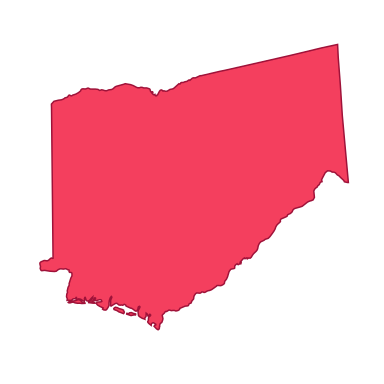 the border of Georgia, rotated 85°
{"feature_id": "USA-3543", "entity_name": "Georgia", "entity_type": "State", "adm_level": 1, "iso_a3": "USA", "parent_name": "United States of America", "parent_adm1": "", "projection": "albers", "projection_center": [-82.629, 32.682], "detail": "fine", "context": "isolated", "style": "filled", "palette": "rose", "viewbox_px": 384, "rotation_deg": 85, "n_neighbors": 0, "source": "natural_earth", "source_scale": "10m", "svg_char_len": 6020}
<svg xmlns="http://www.w3.org/2000/svg" viewBox="0 0 384 384"><g transform="rotate(85 192 192)"><path d="M323.1,235.9L323.1,236.0L323.7,236.3L324.5,236.3L325.5,236.6L326.3,237.8L325.2,239.3L322.4,241.5L321.9,241.1L321.5,240.5L321.2,239.6L320.4,239.7L319.8,240.8L318.9,241.6L319.0,242.9L319.8,244.0L321.3,244.3L319.4,246.3L318.1,247.3L317.2,247.4L316.2,246.7L313.6,246.3L312.6,245.8L311.9,244.5L311.4,244.0L310.7,244.0L310.1,244.6L310.5,245.2L311.7,246.1L311.7,246.7L309.5,247.3L308.7,248.2L311.9,248.6L313.5,250.0L314.7,250.0L314.2,250.9L313.5,252.6L311.8,254.9L311.0,255.7L310.2,256.1L307.2,256.2L305.3,255.9L302.5,254.0L301.7,253.9L301.3,254.3L301.6,255.3L302.3,255.7L304.1,256.2L305.8,257.5L305.7,258.7L303.4,261.2L302.6,262.3L302.3,263.4L299.9,267.6L298.9,267.9L298.2,268.8L298.0,269.4L298.8,270.8L298.4,272.2L298.5,273.3L298.2,274.6L296.3,276.6L296.4,278.1L298.6,282.6L298.0,283.0L292.7,282.4L291.4,281.8L290.2,281.1L289.7,281.0L289.0,281.5L290.5,282.8L292.8,283.8L295.4,284.4L297.6,284.6L298.5,284.9L301.0,286.7L301.9,287.6L302.1,288.7L301.7,290.3L300.9,291.3L299.8,290.6L297.8,294.0L296.4,295.9L295.3,296.7L294.0,296.6L293.4,296.2L293.5,292.3L293.1,291.4L291.8,291.7L291.3,292.4L291.2,293.5L291.7,296.1L291.8,297.5L291.5,298.4L289.4,297.3L288.9,297.8L289.1,298.7L290.8,299.4L292.8,301.4L292.7,300.0L293.1,299.2L294.3,298.1L294.2,299.9L293.2,304.6L292.8,304.6L292.1,303.3L290.9,301.8L289.4,300.6L287.9,300.1L288.8,301.3L291.1,303.7L291.6,304.9L291.3,306.2L290.4,306.9L287.7,307.5L287.7,308.0L288.9,308.5L290.9,308.5L291.7,308.8L291.0,309.8L289.3,311.9L288.9,312.8L288.5,314.4L288.7,315.1L289.3,315.9L289.3,316.8L288.2,316.3L287.0,316.3L287.0,316.8L287.8,317.1L288.1,317.8L288.1,319.6L288.4,320.2L289.1,321.1L289.4,321.9L289.3,323.4L288.9,325.1L289.0,325.9L287.5,325.5L285.6,326.1L285.1,326.1L282.7,325.6L281.3,324.8L279.6,324.9L276.0,323.7L274.4,322.6L273.6,322.4L272.5,322.4L267.2,320.2L265.1,318.9L263.0,318.7L262.0,318.9L261.6,319.5L261.4,320.8L260.9,321.3L260.4,321.4L259.3,321.2L259.0,321.3L258.8,321.5L258.6,322.6L257.8,323.6L257.4,324.5L257.6,326.8L257.1,329.2L257.1,330.4L257.7,332.1L259.1,334.2L259.2,336.0L258.5,340.5L257.2,345.7L257.3,348.5L257.1,349.0L256.6,349.4L255.0,349.9L253.0,349.4L250.3,349.8L249.3,349.6L248.8,349.1L248.4,348.5L247.4,345.4L247.4,344.7L247.9,342.6L247.8,341.6L247.3,340.6L245.9,338.8L245.5,337.9L246.0,336.5L245.9,336.2L96.0,324.6L92.2,324.4L89.6,321.6L88.9,317.1L88.8,314.2L88.4,312.6L87.7,311.0L87.2,310.5L86.8,308.4L86.5,307.7L84.9,306.3L84.8,305.4L85.5,304.5L85.7,303.9L85.6,303.2L85.1,302.5L84.4,299.3L83.1,296.4L81.6,294.2L80.4,293.6L79.8,292.7L79.7,291.6L80.1,289.2L79.4,286.6L79.6,286.0L80.6,284.3L81.1,279.1L81.6,276.7L82.8,275.1L82.3,273.1L82.7,271.7L83.3,270.4L83.7,268.8L83.6,267.9L83.0,266.0L82.9,263.3L82.5,262.0L80.5,259.3L80.1,258.1L78.7,250.5L78.3,249.1L79.7,243.8L80.9,241.2L82.8,238.3L83.4,237.1L83.6,235.4L83.2,233.8L83.5,232.3L84.1,231.1L84.4,228.0L85.3,225.8L85.7,225.2L86.1,224.9L87.9,224.6L89.5,223.6L88.6,223.0L88.8,222.5L89.7,222.3L90.7,222.7L91.2,222.4L91.7,221.9L91.9,221.2L91.5,220.4L92.6,220.2L93.0,219.8L93.1,219.3L93.0,218.8L92.5,218.6L92.2,217.8L88.9,215.7L87.8,214.6L87.7,213.3L89.0,212.0L88.7,211.2L89.3,209.8L89.4,208.0L87.9,205.0L87.7,202.8L87.5,201.9L86.9,200.8L83.0,195.6L83.4,194.7L83.0,194.1L82.3,193.7L82.0,193.0L82.1,191.0L81.6,189.6L81.3,187.2L80.3,185.7L80.1,185.0L80.6,184.4L78.6,181.7L78.4,180.6L78.6,178.6L76.8,173.7L77.0,173.1L74.2,153.6L73.7,149.0L64.6,82.7L59.7,50.0L57.7,34.1L70.7,34.6L98.6,34.9L128.9,35.6L196.2,35.4L196.1,36.3L195.1,39.3L193.7,39.8L190.2,43.0L189.2,43.7L188.3,44.7L187.7,45.7L185.3,47.5L184.6,48.9L184.4,50.5L184.2,51.0L183.2,52.2L182.7,55.1L184.4,57.6L189.5,60.9L191.3,61.9L192.7,61.5L193.1,61.6L193.2,62.5L193.6,63.4L195.7,64.6L196.8,66.2L198.0,66.9L198.9,68.5L199.8,69.5L201.6,70.6L208.0,70.5L210.4,72.0L211.0,73.8L211.3,75.6L212.1,77.8L215.8,83.4L216.2,84.9L217.3,90.7L217.6,91.7L217.9,92.0L218.9,93.2L220.2,93.8L220.9,94.4L222.0,95.9L222.6,97.8L223.0,98.7L224.4,99.4L224.8,100.2L226.0,103.7L226.5,105.4L227.2,106.2L228.1,106.5L229.2,106.5L230.1,107.5L231.1,108.9L232.4,110.4L234.1,111.6L236.0,112.4L238.1,113.8L240.5,115.8L243.3,118.3L244.8,120.1L245.5,123.2L246.4,124.5L247.7,128.0L248.9,129.2L250.2,130.1L251.4,130.7L254.1,131.5L255.2,132.0L256.4,133.0L258.8,136.0L260.0,137.1L262.2,138.7L263.0,139.8L262.7,141.3L263.4,142.7L262.5,142.8L262.4,143.4L263.1,145.0L262.3,145.4L262.7,146.5L265.6,149.7L266.1,149.1L266.7,149.2L267.8,149.6L267.8,150.1L267.0,150.5L268.0,151.3L268.4,152.1L268.2,152.8L267.4,153.3L268.3,154.8L269.2,155.7L270.2,156.0L271.5,156.1L271.9,156.7L272.2,159.4L272.5,160.3L274.5,162.0L279.6,164.0L281.9,165.3L283.5,166.9L284.4,167.4L285.6,167.6L286.3,168.1L287.0,169.2L287.6,170.6L287.8,171.7L287.4,174.1L287.4,175.4L288.0,175.9L291.0,181.0L291.6,182.9L291.8,184.9L292.2,186.0L292.7,186.9L293.1,188.0L293.1,188.9L292.7,189.4L292.4,190.9L293.1,191.8L293.5,192.8L293.1,195.2L293.0,196.2L293.6,197.3L295.3,198.7L296.5,199.3L298.2,199.6L298.8,199.8L300.8,201.9L301.0,201.8L302.3,202.5L302.6,202.7L302.9,204.1L303.3,204.7L304.8,205.5L305.1,206.6L305.1,208.8L306.9,214.3L307.8,214.6L308.5,215.4L308.9,216.5L309.1,218.0L309.0,218.8L308.5,219.7L308.3,221.1L308.4,222.9L307.8,224.4L307.6,225.2L308.9,227.8L308.7,228.6L308.9,229.1L310.1,230.0L311.8,232.1L312.3,232.4L315.6,232.0L316.8,232.3L319.2,233.4L319.6,233.8L320.0,234.8L320.8,235.4L321.9,235.8L323.1,235.9ZM302.8,272.0L303.7,270.5L304.6,270.4L305.6,269.9L306.6,270.2L307.2,270.8L305.9,273.4L305.0,275.4L303.8,276.8L302.3,279.9L301.3,280.1L300.6,279.4L300.1,278.4L300.7,276.4L301.7,274.9L302.8,272.0ZM290.2,319.5L290.1,317.2L289.3,314.9L289.9,312.9L292.8,310.5L293.2,308.3L293.6,308.3L293.5,311.4L293.0,313.6L292.9,315.6L292.3,318.1L291.4,319.9L291.4,321.0L291.8,323.0L291.7,324.3L291.2,325.0L290.8,324.7L290.2,319.5ZM307.9,260.7L308.5,258.8L309.3,258.8L309.6,259.1L309.4,260.0L309.5,261.6L309.8,263.5L308.0,267.7L307.2,267.5L307.6,265.5L306.9,264.7L306.8,263.0L307.9,260.7Z" fill="#f43f5e" stroke="#9f1239" stroke-width="1.5"/></g></svg>